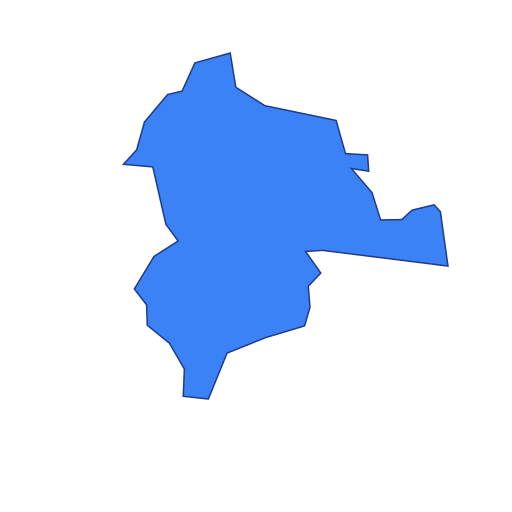 the district of Taliaferro, Georgia, United States of America, rotated 123°
{"feature_id": "52423323B2768857989995", "entity_name": "Taliaferro", "entity_type": "district", "adm_level": 2, "iso_a3": "USA", "parent_name": "United States of America", "parent_adm1": "Georgia", "projection": "mercator", "projection_center": [-82.883, 33.586], "detail": "fine", "context": "isolated", "style": "filled", "palette": "blue", "viewbox_px": 512, "rotation_deg": 123, "n_neighbors": 0, "source": "geoboundaries", "source_scale": "gbopen_adm2", "svg_char_len": 660}
<svg xmlns="http://www.w3.org/2000/svg" viewBox="0 0 512 512"><g transform="rotate(123 256 256)"><path d="M116.1,134.5L132.4,150.0L146.1,153.6L157.9,171.1L139.7,193.2L130.7,223.7L123.5,207.7L110.4,217.5L121.4,236.7L98.7,262.6L125.1,330.4L125.5,364.8L99.8,388.2L127.3,412.4L157.9,407.8L168.8,418.1L204.4,422.5L231.9,413.9L251.3,417.1L237.5,391.1L278.5,348.8L285.8,329.5L311.9,341.3L349.9,340.1L356.6,321.1L373.3,309.5L376.3,281.1L389.8,254.5L413.3,240.6L401.9,218.1L353.2,227.4L319.2,203.5L288.1,177.2L269.6,182.8L252.9,195.7L235.0,192.4L225.2,216.9L215.0,203.2L159.9,89.5L118.4,125.5L116.1,134.5Z" fill="#3b82f6" stroke="#1e3a8a" stroke-width="1.5"/></g></svg>